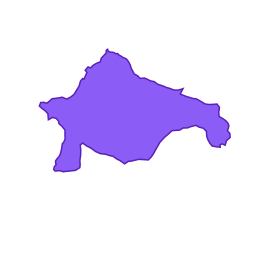 Paphos, Paphos, Cyprus (Natural Earth projection), rotated 50°
{"feature_id": "46923920B77200142670897", "entity_name": "Paphos", "entity_type": "district", "adm_level": 2, "iso_a3": "CYP", "parent_name": "Cyprus", "parent_adm1": "Paphos", "projection": "natural_earth1", "projection_center": [32.428, 34.773], "detail": "fine", "context": "isolated", "style": "filled", "palette": "violet", "viewbox_px": 256, "rotation_deg": 50, "n_neighbors": 0, "source": "geoboundaries", "source_scale": "gbopen_adm2", "svg_char_len": 2047}
<svg xmlns="http://www.w3.org/2000/svg" viewBox="0 0 256 256"><g transform="rotate(50 128 128)"><path d="M54.6,93.0L54.4,93.7L54.6,94.8L55.0,95.2L56.3,96.3L56.7,98.0L57.3,103.5L59.6,106.9L58.5,109.4L57.9,112.1L57.6,114.8L58.0,117.8L55.5,119.4L56.3,123.7L59.1,123.8L60.5,126.8L62.3,130.3L60.9,131.0L61.5,134.2L64.5,138.6L65.9,142.9L67.5,147.4L67.5,151.7L66.4,156.4L62.0,158.7L60.7,161.3L58.6,164.6L56.8,167.3L56.9,170.9L56.7,174.5L54.3,175.9L52.4,178.5L54.2,181.8L57.0,181.4L61.8,180.4L65.6,180.2L70.5,183.7L71.4,179.0L74.5,176.8L78.1,176.8L80.3,178.1L84.2,177.5L89.2,177.6L90.6,178.9L93.6,181.4L95.7,182.9L97.4,185.9L97.9,188.5L99.2,189.9L101.8,192.9L104.7,197.0L105.6,199.5L106.0,202.3L106.7,204.7L108.5,206.1L109.8,206.4L110.2,209.2L112.0,211.6L114.0,211.6L116.9,207.6L119.7,205.9L125.1,197.9L126.7,195.5L127.4,190.4L125.4,188.3L121.8,185.6L118.2,181.6L114.6,178.4L110.3,175.5L110.4,172.4L114.6,171.4L119.7,169.3L125.1,168.0L130.0,165.6L133.7,162.0L137.0,160.0L140.2,157.6L144.3,156.6L148.0,155.0L153.3,153.6L153.8,149.2L155.5,146.7L158.9,139.9L162.3,136.3L165.5,133.0L165.2,129.3L165.2,129.2L164.2,125.4L161.6,118.6L159.4,112.5L158.6,105.8L158.6,100.5L158.3,96.0L161.5,91.6L162.8,89.8L163.4,85.8L166.2,82.3L167.0,79.8L168.2,77.1L169.7,74.2L172.8,73.1L176.7,70.4L181.0,70.1L184.8,72.9L187.9,74.2L192.2,75.1L196.0,75.1L199.3,72.3L202.0,69.7L200.0,68.2L200.6,66.2L203.6,64.7L202.9,63.5L201.0,60.8L201.0,59.1L200.9,55.9L197.7,53.5L194.0,53.5L192.2,50.7L190.9,49.1L190.4,49.0L188.8,48.4L185.5,48.4L182.2,49.2L177.7,50.8L174.0,48.2L172.7,46.5L170.9,44.6L167.5,44.5L166.9,44.4L162.5,50.4L159.3,53.4L152.8,55.7L149.6,56.9L147.3,59.1L142.2,62.5L139.3,64.2L135.6,66.2L133.2,60.6L132.7,62.0L130.9,65.7L128.4,68.4L124.1,70.8L121.7,72.5L118.4,74.1L113.6,77.1L109.3,78.1L106.2,80.6L103.2,81.8L100.4,83.2L97.8,86.8L94.1,87.1L90.6,88.5L84.2,87.1L81.3,85.8L77.7,85.0L74.5,84.8L72.7,85.4L70.5,86.6L68.4,87.1L66.9,87.9L64.2,88.1L63.5,89.5L61.9,90.0L60.4,90.8L59.3,92.0L58.4,92.9L56.1,93.8L54.6,93.0Z" fill="#8b5cf6" stroke="#5b21b6" stroke-width="1.5"/></g></svg>